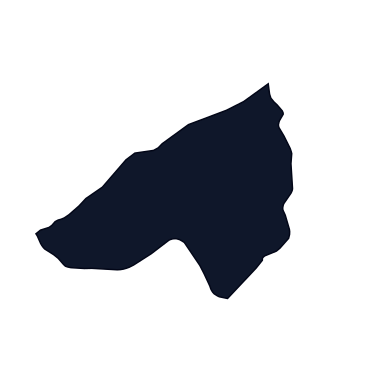 SVG path tracing the border of Grand Kru, rotated 124°
{"feature_id": "LBR-780", "entity_name": "Grand Kru", "entity_type": "County", "adm_level": 1, "iso_a3": "LBR", "parent_name": "Liberia", "parent_adm1": "", "projection": "mercator", "projection_center": [-8.188, 4.813], "detail": "fine", "context": "isolated", "style": "filled", "palette": "ink", "viewbox_px": 384, "rotation_deg": 124, "n_neighbors": 0, "source": "natural_earth", "source_scale": "10m", "svg_char_len": 1345}
<svg xmlns="http://www.w3.org/2000/svg" viewBox="0 0 384 384"><g transform="rotate(124 192 192)"><path d="M313.9,298.0L308.3,296.3L301.3,290.7L298.0,289.5L293.1,288.9L290.1,287.3L287.8,285.3L284.9,283.4L279.7,281.3L266.9,277.9L256.7,276.3L238.1,269.0L202.1,264.7L191.7,261.1L179.0,247.1L174.3,244.7L168.6,243.7L138.1,232.6L105.1,209.2L88.1,199.7L59.7,189.3L67.5,182.4L70.1,179.1L71.5,174.4L72.2,170.1L74.3,162.5L75.4,160.8L76.5,159.9L83.9,159.4L85.4,159.0L87.9,158.0L89.1,157.0L90.0,155.9L94.2,147.0L101.0,135.0L102.9,132.5L104.4,130.8L113.2,125.8L132.8,110.7L133.9,110.1L135.1,109.7L137.4,109.3L150.2,109.4L151.7,109.1L154.1,108.1L155.6,107.1L156.6,105.8L159.1,101.7L168.5,90.4L170.2,88.9L172.6,87.4L176.4,86.0L189.5,87.7L193.8,89.0L204.3,96.0L206.1,96.5L207.5,96.6L209.3,95.5L219.2,96.3L260.4,103.0L263.6,110.8L263.9,112.9L264.0,116.7L263.5,118.7L262.8,120.4L261.9,122.1L260.0,124.6L252.9,136.4L248.5,144.4L238.1,170.2L238.2,173.0L238.4,175.6L238.9,177.2L239.4,178.7L240.0,179.7L241.5,181.7L243.7,183.5L244.9,184.2L266.0,191.3L285.2,199.6L289.5,202.0L291.7,203.6L294.2,205.7L296.4,208.0L298.3,210.5L311.3,232.4L315.5,238.3L322.5,250.2L323.7,253.2L324.3,255.5L323.9,258.0L321.8,265.8L321.3,271.6L321.6,282.3L321.1,284.4L320.3,286.6L319.3,288.7L314.9,295.7L313.9,298.0L313.9,298.0Z" fill="#0f172a" stroke="#020617" stroke-width="1.5"/></g></svg>